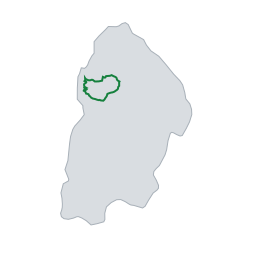 Daga on a map of Bhutan (Natural Earth projection), rotated 102°
{"feature_id": "BTN-2434", "entity_name": "Daga", "entity_type": "District", "adm_level": 1, "iso_a3": "BTN", "parent_name": "Bhutan", "parent_adm1": "", "projection": "natural_earth1", "projection_center": [89.858, 27.036], "detail": "fine", "context": "in_parent", "style": "outline", "palette": "green", "viewbox_px": 256, "rotation_deg": 102, "n_neighbors": 0, "source": "natural_earth", "source_scale": "10m", "svg_char_len": 2667}
<svg xmlns="http://www.w3.org/2000/svg" viewBox="0 0 256 256"><g transform="rotate(102 128 128)"><path d="M202.7,109.2L202.3,110.9L200.6,115.4L199.5,120.2L200.5,124.2L204.4,128.9L209.6,132.7L216.2,133.0L222.3,131.6L224.8,132.2L228.1,138.5L230.5,144.0L227.3,149.6L225.6,154.6L225.0,158.1L225.4,159.6L227.4,162.5L229.7,167.3L230.0,171.8L228.6,174.7L225.4,176.2L222.1,175.8L219.3,175.8L215.9,176.4L210.4,178.0L205.4,180.1L196.0,179.7L192.2,175.3L190.4,175.3L181.8,181.0L172.4,180.0L155.3,181.9L148.2,182.4L140.9,181.7L137.2,180.5L130.3,176.5L124.0,173.6L117.7,176.3L115.5,176.8L110.4,183.6L99.3,185.9L88.3,187.6L85.1,186.7L78.9,186.2L78.7,184.6L78.8,183.1L77.4,181.8L74.9,180.6L70.6,180.0L65.0,178.3L61.9,176.7L50.6,179.1L44.0,175.5L36.5,170.5L32.8,168.3L31.4,160.6L30.1,158.2L27.1,155.5L25.5,152.5L26.8,149.3L34.3,143.5L34.9,142.1L38.3,131.1L43.1,127.2L47.8,121.6L51.4,112.8L58.3,103.8L65.8,94.6L71.0,87.0L74.5,83.5L81.6,79.8L87.5,77.5L91.6,72.5L96.6,69.7L101.6,68.4L109.2,69.1L116.3,70.9L124.1,73.4L125.0,75.4L124.3,79.0L123.2,82.6L123.2,84.5L124.4,85.5L132.0,86.2L141.3,85.7L146.6,86.2L158.2,89.5L161.7,91.9L165.2,93.7L168.7,93.4L173.1,89.5L177.8,86.2L180.6,85.7L182.7,86.7L186.4,89.9L194.1,92.8L201.0,95.0L203.2,97.1L202.5,106.2L202.7,109.2Z" fill="#d9dde1" stroke="#a8b0b8" stroke-width="1"/><path d="M88.6,145.4L89.9,146.1L91.7,146.0L92.2,146.2L93.1,146.8L93.9,147.6L95.2,148.8L95.8,149.6L96.2,150.3L96.4,150.6L96.7,151.5L97.5,153.1L98.9,155.2L101.5,155.5L103.9,156.6L104.8,156.8L106.4,157.8L106.7,160.3L106.4,161.5L106.8,162.2L106.8,163.9L106.5,166.2L106.5,166.4L106.5,168.6L105.9,170.5L104.9,171.7L104.4,172.8L103.3,173.5L103.1,174.0L103.1,174.4L103.0,175.0L103.0,175.3L103.1,176.0L100.8,177.8L100.6,178.1L100.4,178.5L100.5,178.6L100.8,178.8L100.8,179.0L100.5,179.1L100.2,179.0L99.9,178.8L99.7,178.5L99.7,178.0L99.5,177.4L99.3,176.9L98.8,176.5L98.6,176.4L98.4,176.6L98.4,177.3L98.4,177.8L98.2,178.4L97.9,179.0L97.7,179.2L97.5,179.3L97.3,179.2L97.2,179.0L97.2,178.8L97.1,178.6L97.0,178.2L96.7,179.1L96.3,179.4L94.8,180.0L94.2,180.0L93.8,179.8L93.1,179.1L92.7,178.7L91.9,178.3L91.5,178.4L91.4,178.5L91.4,179.1L91.4,179.4L91.3,179.7L91.2,179.9L91.1,180.3L90.3,179.9L90.1,179.9L89.6,179.9L89.3,180.0L88.2,180.3L88.6,179.9L88.7,179.7L89.1,178.8L89.2,178.3L89.4,177.4L89.5,176.4L89.4,175.7L89.1,174.7L88.4,173.6L88.3,173.3L88.3,172.4L89.4,170.1L88.6,166.8L88.3,165.9L87.1,163.2L83.2,163.2L83.4,162.2L83.5,161.9L83.6,161.5L83.3,160.7L81.8,160.2L80.7,156.5L79.7,155.0L80.3,153.0L80.6,151.3L80.9,150.4L81.2,149.9L81.5,149.6L81.8,149.4L82.5,149.1L82.9,148.9L83.4,148.3L83.8,147.6L84.3,146.0L85.0,146.2L88.6,145.4Z" fill="none" stroke="#15803d" stroke-width="2"/></g></svg>